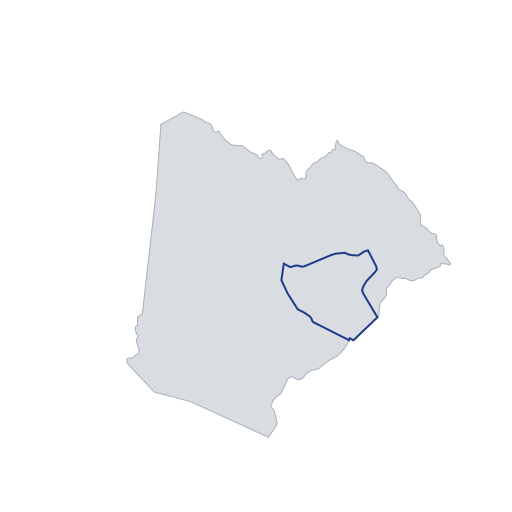 Ouargla highlighted on a map of Algeria, rotated 59°
{"feature_id": "DZA-2194", "entity_name": "Ouargla", "entity_type": "Province", "adm_level": 1, "iso_a3": "DZA", "parent_name": "Algeria", "parent_adm1": "", "projection": "robinson", "projection_center": [6.675, 30.952], "detail": "fine", "context": "in_parent", "style": "outline", "palette": "blue", "viewbox_px": 512, "rotation_deg": 59, "n_neighbors": 0, "source": "natural_earth", "source_scale": "10m", "svg_char_len": 4519}
<svg xmlns="http://www.w3.org/2000/svg" viewBox="0 0 512 512"><g transform="rotate(59 256 256)"><path d="M363.0,93.2L363.4,94.2L363.4,95.1L362.0,96.0L361.1,96.4L359.9,98.8L357.8,100.4L357.5,100.9L357.5,101.3L358.9,102.0L359.4,102.7L359.7,103.6L359.0,106.9L358.1,112.7L358.2,113.9L358.7,115.4L359.3,116.6L359.4,117.9L359.3,121.2L359.9,123.1L360.5,124.8L359.2,127.0L358.7,128.9L358.4,131.7L358.3,133.4L357.5,135.0L356.4,136.5L355.2,137.5L353.8,138.3L352.1,139.4L350.7,142.2L347.8,144.6L347.1,145.4L346.9,147.3L346.9,149.9L347.5,152.0L348.9,155.1L350.2,158.5L350.5,160.2L351.0,160.9L352.7,162.0L355.8,163.5L356.4,164.1L357.9,166.5L359.3,170.7L359.8,173.5L365.2,177.8L370.4,181.5L370.8,182.1L373.7,194.9L374.7,199.5L378.4,215.9L376.9,216.8L375.2,218.0L376.5,220.2L378.9,223.8L380.4,226.7L380.9,228.0L382.0,231.6L383.0,235.1L383.2,236.3L383.6,239.0L383.2,246.4L384.0,255.9L384.9,260.6L383.5,264.8L382.3,268.9L382.4,270.9L383.1,274.1L383.8,276.5L384.7,277.7L384.5,281.7L384.2,283.2L381.5,285.2L378.4,287.2L377.6,288.8L377.4,290.6L377.8,292.0L386.6,305.5L386.9,306.8L387.0,310.6L388.5,315.4L390.1,317.5L390.7,319.0L391.8,320.2L392.9,321.0L393.6,321.1L397.4,319.8L404.1,321.9L410.4,324.1L410.9,324.5L414.6,331.8L417.8,338.7L347.1,387.1L339.3,394.5L321.0,412.6L319.6,413.4L295.4,418.7L282.8,421.4L282.2,421.6L281.5,421.6L281.0,421.6L279.9,421.1L278.6,420.0L277.8,419.5L277.6,418.6L278.1,417.5L278.7,416.5L278.9,415.7L279.4,415.0L279.9,414.5L280.0,413.8L279.5,412.7L279.1,411.1L279.1,408.2L279.2,406.9L278.0,405.8L275.8,404.6L273.8,403.9L272.9,403.6L270.7,403.2L267.6,402.4L266.5,401.9L264.6,399.2L263.6,398.5L259.0,398.1L257.5,397.6L256.2,397.0L255.1,396.1L254.5,394.7L254.4,393.5L254.0,392.9L248.9,390.0L247.6,389.0L247.0,388.1L247.0,386.8L247.1,385.1L246.9,383.6L246.7,382.9L158.2,315.1L153.5,311.6L142.8,303.8L94.2,269.7L95.1,245.3L95.2,244.0L95.5,243.5L97.1,242.6L99.7,240.6L100.6,239.6L101.8,238.7L106.0,235.9L106.9,235.2L111.1,232.0L112.0,231.5L114.2,231.2L115.1,230.6L116.4,229.3L118.2,227.8L119.4,227.1L119.7,227.0L120.4,226.9L124.1,227.4L125.7,227.7L127.5,228.0L128.1,227.8L128.6,227.3L129.3,226.3L129.5,225.1L129.6,224.0L129.7,223.6L130.1,223.3L130.9,223.4L131.9,223.6L134.2,223.5L134.9,223.4L137.4,223.1L141.0,222.5L146.1,220.8L148.6,219.0L150.4,217.0L152.4,214.1L153.9,211.5L156.9,210.0L159.4,209.0L160.8,208.6L164.1,207.3L169.4,203.3L173.8,202.8L174.4,202.4L175.0,201.7L175.1,200.6L174.4,199.7L173.5,199.3L172.9,198.8L172.2,198.7L171.9,198.1L172.2,197.1L172.3,196.1L172.7,195.1L172.6,193.8L172.1,192.4L171.9,191.4L172.0,190.4L172.3,189.6L173.2,189.1L174.3,188.9L175.7,189.2L178.3,188.9L184.9,186.5L185.4,185.8L185.8,184.1L186.3,182.7L187.0,182.2L187.4,182.1L192.7,181.2L193.8,181.1L203.5,181.5L211.9,181.8L212.6,181.5L212.6,180.4L212.1,178.5L212.5,177.3L213.7,176.2L215.3,174.9L214.6,173.4L213.4,172.3L211.8,171.1L210.9,170.6L209.5,169.1L208.6,167.4L208.1,163.8L207.0,161.8L206.2,159.3L207.1,154.8L206.0,152.0L205.9,150.9L205.9,149.5L206.3,147.0L206.2,143.6L205.0,140.1L205.6,138.9L205.9,138.3L205.8,137.8L204.7,136.7L204.2,135.7L204.5,134.9L205.1,133.6L205.1,133.1L203.2,131.6L200.1,129.1L199.2,128.0L198.8,126.7L201.9,127.0L203.5,126.8L207.2,125.2L210.1,123.0L212.4,121.9L214.5,119.5L216.3,118.0L218.9,116.4L226.5,112.8L227.7,112.8L230.1,113.6L232.2,113.4L233.7,112.1L235.4,109.2L237.8,107.4L241.0,105.5L245.2,103.8L248.0,102.2L252.3,100.8L263.2,100.0L268.8,99.2L272.6,99.4L276.4,96.8L278.3,96.0L286.6,95.8L290.5,94.0L305.3,94.0L307.1,94.6L308.9,95.6L311.9,98.0L313.4,98.5L315.4,98.0L320.0,95.7L325.1,94.6L327.9,93.2L329.1,91.2L331.5,90.5L332.8,92.0L338.1,93.5L341.4,93.1L342.8,92.7L342.3,90.4L345.7,91.0L348.4,92.1L351.2,94.3L353.0,94.7L356.2,93.7L363.0,93.2Z" fill="#d9dde1" stroke="#a8b0b8" stroke-width="1"/><path d="M371.1,183.5L371.6,185.7L372.0,187.7L372.5,189.7L373.0,191.7L373.4,193.7L373.9,195.7L374.3,197.7L374.8,199.8L375.2,201.8L375.7,203.8L376.1,205.8L376.6,207.8L377.0,209.8L377.5,211.8L378.0,213.9L378.4,215.9L374.8,217.9L375.2,218.5L376.1,219.6L341.6,241.3L338.4,240.8L336.1,240.8L330.3,243.3L323.1,247.7L304.3,248.2L289.8,246.7L276.9,236.1L282.5,232.8L283.4,231.7L284.7,226.7L285.4,225.7L286.5,224.3L288.5,222.6L289.7,220.2L293.8,191.6L294.8,187.3L296.2,183.9L297.5,181.5L298.1,179.8L298.7,178.8L298.9,178.5L299.3,178.0L301.5,176.6L304.5,173.7L308.2,168.1L307.9,160.7L308.4,159.0L308.8,157.1L326.9,158.3L329.8,159.3L331.1,162.3L334.4,174.1L335.1,175.6L337.0,179.1L338.2,180.9L339.8,182.5L341.9,183.2L344.1,183.4L371.1,183.5L371.1,183.5Z" fill="none" stroke="#1e3a8a" stroke-width="2"/></g></svg>